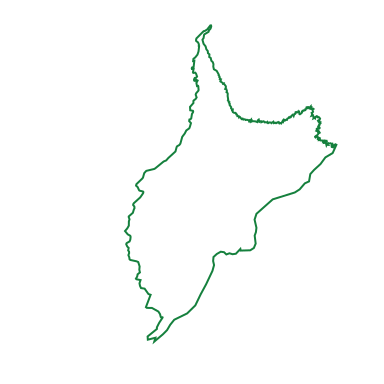 the district of Bambouti, Haut-Mbomou, Central African Republic, rotated 217°
{"feature_id": "33826404B2470815195032", "entity_name": "Bambouti", "entity_type": "district", "adm_level": 2, "iso_a3": "CAF", "parent_name": "Central African Republic", "parent_adm1": "Haut-Mbomou", "projection": "equal_earth", "projection_center": [26.948, 5.504], "detail": "fine", "context": "isolated", "style": "outline", "palette": "green", "viewbox_px": 384, "rotation_deg": 217, "n_neighbors": 0, "source": "geoboundaries", "source_scale": "gbopen_adm2", "svg_char_len": 6131}
<svg xmlns="http://www.w3.org/2000/svg" viewBox="0 0 384 384"><g transform="rotate(217 192 192)"><path d="M105.1,316.6L106.2,316.4L106.4,315.8L106.2,315.6L106.6,315.1L106.8,313.4L106.5,313.5L106.3,312.6L107.2,312.2L107.3,312.6L108.0,312.6L108.4,313.1L108.0,314.3L109.0,315.1L109.8,314.3L110.7,314.3L111.4,313.4L112.7,313.0L112.8,311.9L112.5,311.8L112.7,311.1L112.4,311.1L112.9,310.8L112.8,310.3L114.8,311.9L115.1,312.7L114.8,313.5L115.3,313.9L115.7,313.6L115.1,312.0L115.6,311.5L115.9,310.4L115.9,310.9L116.2,310.6L116.5,311.2L117.2,311.6L116.9,312.5L117.2,312.8L117.7,312.3L117.9,311.5L118.2,312.0L120.2,310.6L121.3,310.9L121.2,310.3L121.7,309.9L121.8,310.5L122.1,310.4L121.8,311.0L122.2,311.9L123.2,311.7L123.1,310.6L123.6,310.4L124.0,311.2L124.8,311.6L126.0,310.9L126.1,309.9L126.5,309.9L127.0,310.3L126.6,311.9L126.1,312.3L126.2,315.0L126.5,315.4L125.9,315.7L125.7,316.2L126.7,316.6L126.9,315.3L127.7,315.9L127.7,316.8L128.5,317.0L128.7,315.9L129.5,315.7L129.5,317.2L130.3,317.3L130.4,317.5L130.0,318.5L128.6,319.2L128.5,319.7L128.8,320.1L129.5,319.8L129.9,320.4L130.6,320.3L130.8,321.3L130.4,321.9L130.6,322.5L131.1,322.7L130.9,323.5L131.2,323.4L131.4,324.9L132.8,324.2L133.3,324.3L133.1,325.1L134.2,325.1L133.6,326.6L133.9,327.7L135.4,328.1L136.4,327.3L136.8,327.3L136.9,327.8L138.0,327.7L138.6,326.2L138.0,324.9L138.8,324.9L139.2,324.1L139.3,324.5L139.7,324.4L140.2,325.2L141.0,325.6L142.0,325.5L142.4,324.9L142.6,325.9L142.3,326.3L143.0,326.4L144.0,327.2L143.6,327.7L143.6,328.9L144.7,329.6L145.2,330.8L145.0,331.4L145.6,331.4L146.3,330.0L146.2,330.4L146.7,330.1L147.1,331.1L147.6,331.3L147.9,330.8L148.0,331.5L148.3,331.3L148.7,331.8L148.8,330.8L148.5,329.9L149.0,329.9L148.9,329.6L149.7,329.7L149.7,329.1L150.2,328.4L150.9,329.2L151.5,328.6L151.0,327.3L150.9,326.2L151.2,326.0L150.8,325.5L151.8,324.1L152.2,324.1L152.2,323.3L152.6,323.1L152.6,322.4L152.1,321.9L152.0,320.9L152.6,319.0L153.1,318.9L154.8,320.6L155.2,320.0L155.6,320.2L155.5,319.4L156.2,318.5L156.9,318.6L157.3,318.1L156.6,316.5L157.2,315.8L156.6,314.0L157.2,314.3L157.9,313.5L158.2,313.7L158.4,312.0L158.1,311.2L158.5,310.5L159.0,310.7L159.2,309.9L159.5,309.8L159.3,309.3L160.0,308.0L159.6,306.7L160.3,306.4L160.8,304.8L161.3,304.3L161.5,305.3L162.4,305.1L162.4,303.6L161.6,302.7L162.2,302.6L162.0,300.7L162.4,300.8L162.9,300.0L164.0,300.0L163.9,299.4L165.3,299.7L166.0,297.9L166.7,297.9L167.0,297.1L167.7,297.0L168.1,296.3L169.3,297.1L170.0,294.8L170.7,295.0L172.0,294.2L172.6,292.9L173.7,293.3L173.6,292.6L175.0,292.3L175.7,291.4L177.3,291.6L178.5,289.6L179.0,290.3L179.4,290.1L180.4,288.5L180.9,288.7L180.9,289.4L181.6,289.4L182.3,290.0L182.5,289.4L182.1,288.6L182.4,288.6L182.4,288.1L182.0,287.1L184.0,286.5L186.3,285.0L186.7,284.3L187.6,285.3L188.2,284.9L188.4,285.2L188.5,284.6L187.8,283.9L187.8,283.2L188.4,283.5L188.9,282.8L189.7,283.7L190.1,283.3L191.5,282.8L192.5,281.8L192.9,282.0L194.1,281.5L194.6,280.7L195.7,281.1L196.2,280.1L199.0,280.8L199.5,280.7L199.5,280.0L200.4,280.6L201.4,279.9L201.9,280.5L202.7,280.8L203.3,280.6L203.6,281.1L204.9,281.4L205.9,280.6L207.4,280.4L208.1,280.8L209.0,282.3L209.5,281.6L210.2,282.3L211.1,282.3L211.7,283.3L214.5,284.2L214.8,285.1L216.1,285.5L216.3,286.3L217.3,286.2L217.6,286.7L218.6,286.9L218.8,287.7L221.3,290.1L222.6,292.0L223.7,292.6L224.5,292.5L224.9,293.7L226.5,294.8L227.5,294.3L228.0,296.1L228.6,296.8L230.9,297.5L231.9,297.3L232.0,297.6L232.3,297.2L232.6,297.6L235.9,297.4L236.1,298.3L236.8,298.6L236.8,299.2L237.5,298.9L237.6,299.6L239.2,300.0L239.5,300.8L241.1,301.3L241.3,301.9L245.2,303.6L248.4,303.2L250.5,305.0L251.8,307.0L253.5,308.2L255.6,308.5L257.7,310.3L259.5,310.2L260.9,312.4L262.8,312.5L264.3,314.1L266.4,314.6L268.8,316.5L271.9,317.3L275.3,319.9L275.4,321.9L276.9,324.7L277.0,325.4L275.2,329.8L275.7,331.3L275.5,333.6L276.2,335.7L277.0,336.5L277.6,336.1L277.7,330.9L278.7,328.3L279.5,327.4L280.9,317.3L280.2,315.7L279.5,315.1L277.2,315.1L275.4,314.1L274.5,312.7L274.1,312.8L271.4,308.2L270.3,305.0L270.4,301.5L271.0,299.2L269.9,297.3L269.1,298.2L266.0,292.9L266.9,291.5L266.7,290.7L266.1,290.2L264.8,291.3L263.3,288.2L262.6,287.9L261.2,289.3L259.9,288.9L257.4,287.2L257.6,285.5L258.4,284.8L258.4,284.3L258.1,283.1L257.4,282.3L256.4,282.5L256.2,284.2L254.6,284.4L254.1,281.7L251.7,279.6L251.0,280.4L250.6,280.2L248.1,277.4L247.9,276.7L248.1,273.1L247.6,271.9L245.2,270.3L245.1,268.3L245.7,266.3L245.7,265.6L244.4,263.9L244.8,258.8L242.6,256.2L240.1,257.4L239.6,257.1L239.2,256.4L239.0,254.3L236.9,250.3L237.0,249.2L237.7,248.4L237.5,247.9L236.9,246.9L234.3,246.4L232.9,242.7L232.5,241.2L233.6,237.7L233.0,234.4L233.0,230.2L230.4,223.6L230.4,221.9L231.4,219.6L231.3,218.6L229.6,214.4L231.4,204.8L231.6,201.7L233.0,199.3L235.6,188.7L236.0,187.7L241.2,181.4L241.3,180.7L241.5,178.3L239.8,174.0L239.8,172.8L241.1,164.8L240.5,163.4L238.3,163.2L235.6,161.7L234.8,161.5L231.4,162.9L230.8,162.7L230.3,161.6L230.1,156.5L231.7,148.2L231.6,147.0L231.2,146.2L229.3,145.7L228.2,144.5L227.9,143.0L226.7,139.8L227.8,134.5L227.6,134.0L225.5,132.6L224.7,130.5L222.2,127.1L221.8,124.0L222.0,120.5L217.8,119.5L215.0,119.9L214.0,119.2L212.6,116.8L212.1,114.9L213.3,112.2L213.4,111.5L213.1,110.7L210.9,109.5L208.9,109.2L207.8,106.9L206.4,106.5L205.4,105.3L204.8,103.3L202.8,102.1L201.4,100.7L200.4,100.6L194.5,103.3L192.8,103.7L189.0,101.0L187.3,98.2L185.2,96.4L185.9,93.5L184.9,91.5L184.6,89.0L183.8,88.9L180.1,90.7L179.0,87.5L177.0,85.7L174.9,84.6L171.7,86.3L165.4,84.3L163.2,85.0L159.5,72.3L158.3,72.3L154.2,75.3L146.9,76.3L144.0,75.2L141.8,73.4L141.4,73.3L140.2,74.2L139.9,74.0L139.5,67.9L138.9,64.5L138.6,62.8L137.6,61.5L140.5,49.9L138.4,47.5L133.5,53.6L132.1,49.9L129.6,60.8L128.8,66.7L129.5,72.8L129.3,79.3L122.8,92.1L121.1,103.4L123.5,115.5L125.2,126.8L128.2,141.3L130.4,146.9L133.6,149.6L135.7,153.0L134.9,157.4L133.1,161.6L130.2,163.2L127.0,162.8L125.2,165.6L122.2,166.7L119.8,169.1L119.1,175.6L117.9,174.5L110.4,180.5L108.9,184.5L110.1,189.1L115.7,194.9L116.8,198.4L119.0,202.2L125.4,207.6L127.4,213.4L123.1,234.7L109.6,253.5L107.6,258.9L107.1,266.8L104.9,270.9L108.3,277.5L107.8,283.1L106.2,291.7L106.3,299.9L103.1,307.8L105.1,316.6Z" fill="none" stroke="#15803d" stroke-width="2"/></g></svg>